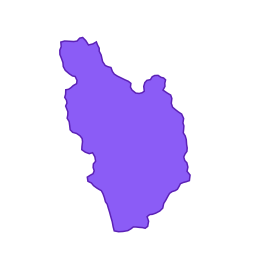 Caputira, Minas Gerais, Brazil, rotated 164°
{"feature_id": "56859067B74666845196583", "entity_name": "Caputira", "entity_type": "district", "adm_level": 2, "iso_a3": "BRA", "parent_name": "Brazil", "parent_adm1": "Minas Gerais", "projection": "robinson", "projection_center": [-42.251, -20.183], "detail": "fine", "context": "isolated", "style": "filled", "palette": "violet", "viewbox_px": 256, "rotation_deg": 164, "n_neighbors": 0, "source": "geoboundaries", "source_scale": "gbopen_adm2", "svg_char_len": 2022}
<svg xmlns="http://www.w3.org/2000/svg" viewBox="0 0 256 256"><g transform="rotate(164 128 128)"><path d="M77.9,147.9L80.9,151.1L83.9,154.8L81.0,157.8L80.3,160.9L78.6,163.9L80.0,166.3L82.4,167.7L84.6,170.3L87.9,171.1L90.6,170.6L93.1,168.3L96.7,168.6L99.3,167.0L101.4,163.7L102.2,158.9L104.7,158.0L107.7,158.1L110.9,159.4L113.7,163.4L114.4,166.6L112.9,170.1L114.8,172.8L117.8,175.3L121.1,178.3L123.9,180.8L126.3,183.5L127.4,186.5L127.7,190.8L130.6,192.6L132.7,194.4L134.1,198.8L133.9,202.3L133.7,205.5L134.5,209.7L133.7,212.7L134.4,216.1L134.7,219.5L138.6,218.5L143.1,218.7L144.5,223.6L146.6,227.5L149.7,227.7L153.1,225.6L156.4,226.1L160.3,227.5L165.0,229.1L168.9,229.1L169.8,224.6L172.1,221.6L173.2,217.4L172.8,213.3L172.5,208.9L173.3,204.9L172.4,200.7L169.5,196.3L167.1,193.4L164.6,192.1L163.9,187.8L165.2,184.8L168.9,183.9L171.9,182.4L174.5,181.6L177.3,181.9L178.7,177.6L180.4,174.9L179.5,171.7L179.8,168.8L181.9,166.3L181.6,163.1L181.3,160.2L182.3,157.1L183.8,154.2L182.8,150.4L183.4,146.3L184.1,142.2L182.4,139.1L178.9,136.9L176.3,133.8L175.0,130.5L175.5,127.3L177.3,123.1L178.4,119.9L175.8,116.6L172.3,114.0L168.9,114.0L167.8,109.5L168.3,105.0L171.2,103.0L172.4,99.7L172.3,96.1L174.2,93.7L177.3,93.0L180.7,92.0L181.2,87.8L178.3,85.2L177.0,82.1L174.7,79.1L172.8,77.0L170.9,75.1L170.2,71.9L169.9,67.7L170.0,63.3L169.0,60.4L169.0,56.1L168.9,52.3L169.0,47.5L169.0,42.2L169.5,37.2L169.6,32.9L165.7,30.9L161.3,29.9L156.4,29.4L152.9,30.3L150.2,31.4L147.5,30.6L144.4,29.3L141.6,28.3L139.1,26.9L136.2,28.0L133.9,32.7L134.1,37.5L131.0,38.8L128.4,38.3L124.8,38.5L120.4,39.4L116.7,41.4L114.5,45.6L111.5,48.3L108.3,51.6L106.1,53.7L103.2,54.7L99.8,54.8L97.4,55.5L95.0,57.8L93.0,60.0L89.8,60.4L87.0,60.3L83.5,60.5L81.3,65.7L83.2,70.1L81.2,73.9L81.0,78.3L82.4,81.1L82.4,84.8L80.4,87.2L77.8,89.3L76.6,92.5L76.2,96.0L75.2,100.7L75.2,104.6L76.2,108.1L74.8,111.6L73.7,114.6L73.8,117.7L71.9,121.8L72.6,126.6L75.1,129.5L77.3,132.5L79.4,135.7L79.6,139.8L77.7,144.3L77.9,147.9Z" fill="#8b5cf6" stroke="#5b21b6" stroke-width="1.5"/></g></svg>